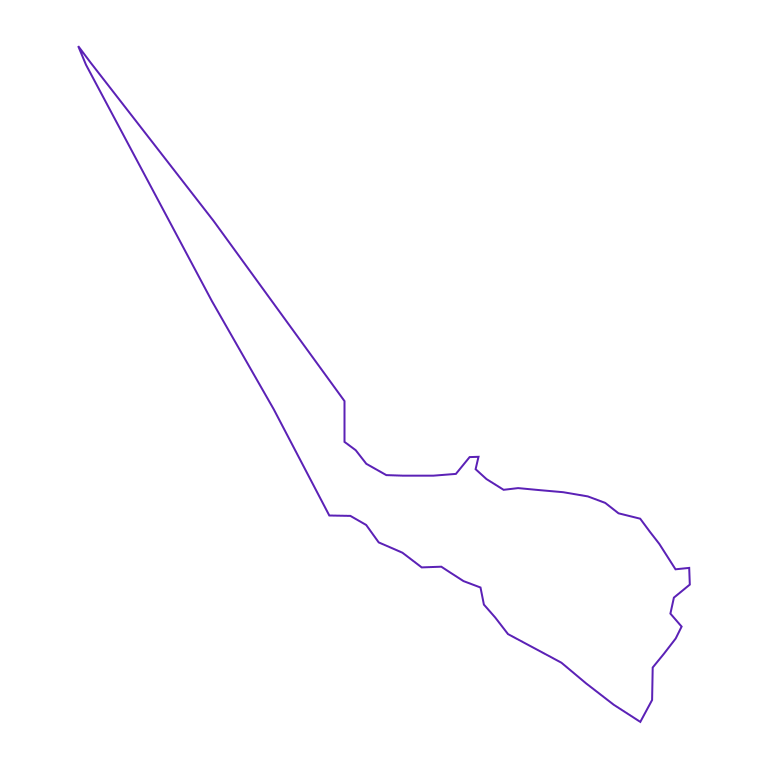 outline of Fasli, Paphos, Cyprus
{"feature_id": "46923920B97001671290706", "entity_name": "Fasli", "entity_type": "district", "adm_level": 2, "iso_a3": "CYP", "parent_name": "Cyprus", "parent_adm1": "Paphos", "projection": "mercator", "projection_center": [32.358, 35.003], "detail": "fine", "context": "isolated", "style": "outline", "palette": "violet", "viewbox_px": 768, "rotation_deg": 0, "n_neighbors": 0, "source": "geoboundaries", "source_scale": "gbopen_adm2", "svg_char_len": 791}
<svg xmlns="http://www.w3.org/2000/svg" viewBox="0 0 768 768"><path d="M78.2,46.1L86.0,64.8L211.9,301.1L273.8,409.4L329.3,515.5L350.4,515.9L366.2,525.0L378.7,542.4L402.4,552.7L421.7,567.4L441.3,566.7L450.0,572.4L463.5,581.1L480.5,587.5L483.9,604.6L495.2,617.5L508.0,634.1L561.4,662.7L586.1,683.4L613.8,704.8L640.3,721.9L652.1,700.0L652.7,667.5L663.9,653.8L675.7,638.5L681.6,626.6L670.4,613.6L673.9,597.6L689.8,584.6L689.2,567.9L675.5,569.3L659.3,543.9L649.9,531.8L640.2,518.7L618.5,513.3L605.2,502.9L587.8,496.4L563.2,492.2L539.3,490.1L518.1,488.1L503.6,489.8L486.5,479.1L475.6,469.2L478.5,456.8L469.6,457.1L455.9,473.9L432.9,475.7L404.0,475.7L386.3,475.1L366.3,463.8L355.7,450.2L344.5,441.9L344.5,401.1L213.7,221.1L90.5,62.5L78.2,46.1Z" fill="none" stroke="#5b21b6" stroke-width="2"/></svg>